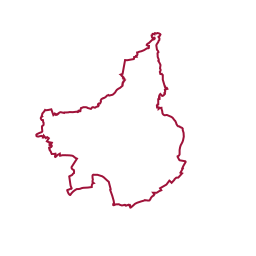 the district of Vargata, Mures, Romania, rotated 316°
{"feature_id": "2599482B49125159917966", "entity_name": "Vargata", "entity_type": "district", "adm_level": 2, "iso_a3": "ROU", "parent_name": "Romania", "parent_adm1": "Mures", "projection": "robinson", "projection_center": [24.8, 46.587], "detail": "fine", "context": "isolated", "style": "outline", "palette": "rose", "viewbox_px": 256, "rotation_deg": 316, "n_neighbors": 0, "source": "geoboundaries", "source_scale": "gbopen_adm2", "svg_char_len": 5608}
<svg xmlns="http://www.w3.org/2000/svg" viewBox="0 0 256 256"><g transform="rotate(316 128 128)"><path d="M166.0,167.4L166.9,166.5L167.0,165.7L166.7,164.6L166.3,164.1L166.1,163.5L166.2,163.0L165.9,162.3L165.3,161.7L165.2,160.5L165.6,158.8L166.3,157.5L166.9,155.6L166.8,155.0L167.2,151.6L166.9,150.1L165.1,145.8L164.6,145.3L163.3,144.4L163.1,144.1L162.8,143.2L162.8,142.2L163.0,141.4L164.4,139.5L165.4,137.5L166.1,136.7L165.1,135.9L164.5,135.6L163.2,135.5L164.3,134.3L163.2,133.4L164.4,131.9L164.9,132.1L165.4,131.6L166.2,132.0L169.7,128.3L170.8,129.1L172.1,127.8L171.7,127.4L172.5,126.7L173.9,126.1L174.9,126.0L174.9,128.7L175.6,129.1L176.2,129.2L177.2,129.2L178.3,129.1L178.5,128.9L178.3,128.3L178.4,128.1L179.9,127.8L181.1,126.1L183.5,127.2L183.8,126.1L182.7,125.3L183.5,124.1L183.2,123.9L186.6,117.4L189.8,114.1L189.7,113.7L189.7,113.1L189.9,112.5L189.2,112.1L188.8,111.6L189.9,109.7L191.1,109.4L191.7,109.0L192.1,108.4L192.4,107.4L195.1,105.3L195.4,104.6L196.2,102.0L196.4,100.8L197.0,100.8L197.3,100.5L197.9,99.6L198.6,97.8L199.3,96.8L200.1,96.1L200.5,95.4L201.2,94.7L201.8,94.6L202.3,94.7L202.6,94.6L203.0,93.7L203.3,91.7L205.7,88.3L206.5,87.8L209.7,87.1L210.4,86.6L211.6,86.5L212.7,85.6L213.0,85.1L213.2,83.6L213.4,83.5L214.1,83.8L214.4,83.7L215.0,83.8L216.3,83.3L216.4,82.8L216.1,81.9L216.0,81.4L215.1,80.1L214.1,79.8L213.3,78.5L213.0,78.3L212.6,78.4L212.1,79.0L211.2,77.5L211.1,77.4L209.8,78.0L209.3,77.8L208.4,79.2L208.2,79.8L208.2,80.1L208.5,80.4L209.8,81.4L209.5,82.1L209.3,82.3L207.9,82.2L207.3,81.6L206.6,81.4L202.1,81.4L201.1,81.1L199.6,81.0L199.1,81.3L199.6,83.3L200.0,83.6L198.6,84.9L197.9,84.7L197.5,84.2L196.8,83.8L193.8,83.2L193.0,82.9L191.0,82.1L189.5,81.2L188.3,80.6L187.5,80.4L187.0,80.0L186.7,80.3L186.4,81.1L185.7,81.8L184.9,82.0L183.8,81.6L183.5,81.7L183.7,82.3L183.6,82.7L181.7,81.2L180.5,82.3L180.0,82.4L174.8,78.9L174.1,78.3L173.1,77.1L161.7,85.3L159.9,84.5L160.0,85.0L159.8,85.4L159.7,86.3L159.8,86.5L160.0,86.7L160.0,87.3L160.0,87.5L159.7,87.8L159.6,88.2L159.1,88.4L159.1,88.6L159.6,88.9L159.3,89.2L159.6,89.3L159.6,89.5L159.3,89.8L159.5,90.3L159.2,90.6L159.0,91.0L158.7,91.1L158.8,91.3L158.4,91.3L158.1,91.5L157.1,91.3L156.8,91.7L156.4,91.6L156.2,91.6L156.2,91.9L156.0,92.0L155.1,92.1L154.9,92.6L154.3,92.8L154.2,93.1L153.9,93.1L153.7,93.6L153.5,93.8L150.1,93.6L148.5,93.1L146.5,92.8L144.7,93.1L143.5,93.5L140.7,93.5L139.7,93.2L137.0,91.6L136.8,90.6L136.1,90.5L135.4,90.1L133.6,90.2L132.5,90.0L131.1,89.6L131.0,89.3L129.0,88.8L127.6,89.2L127.3,89.4L126.9,90.2L125.5,90.8L124.7,90.9L124.1,90.1L123.3,90.0L122.9,90.1L122.6,90.4L122.5,90.7L122.6,91.1L122.5,91.5L121.5,91.7L120.0,90.8L118.6,90.6L118.3,90.4L117.3,88.7L116.6,88.3L114.6,88.5L112.8,85.4L112.8,84.8L112.2,83.8L110.2,81.9L109.5,81.8L108.3,81.1L108.0,81.0L106.7,81.8L105.4,82.8L105.1,82.6L105.4,82.0L104.4,81.1L104.2,81.1L103.5,81.7L103.2,81.8L102.8,81.6L102.3,80.5L99.3,78.3L97.0,75.9L95.8,75.2L93.6,73.2L93.0,72.6L92.5,72.8L91.5,71.3L90.6,69.9L90.2,69.6L89.4,69.3L87.4,69.0L87.4,69.3L86.3,69.2L85.3,68.6L85.5,68.2L85.9,68.0L85.7,67.7L85.4,67.3L84.9,67.2L85.4,66.9L85.4,66.7L83.3,66.8L85.8,61.3L83.1,59.6L81.1,58.1L80.9,57.4L78.9,57.9L76.4,58.1L76.0,58.5L74.3,59.4L74.3,60.1L73.1,59.9L72.4,60.1L71.8,60.7L71.6,61.6L71.5,62.4L72.3,63.2L71.8,64.0L71.1,64.7L71.0,65.5L70.1,66.5L69.4,67.1L68.8,67.2L67.9,67.0L67.5,67.0L67.1,67.2L66.1,68.3L64.1,70.8L63.5,71.0L62.9,70.9L60.5,69.9L58.0,69.1L57.3,69.2L56.6,70.2L56.6,70.5L57.4,71.8L58.8,72.6L60.4,73.7L60.7,74.4L60.7,75.2L60.1,75.7L60.5,76.1L62.1,75.0L61.9,78.2L63.5,78.4L63.9,80.4L60.4,81.2L60.8,82.5L63.0,85.7L61.7,86.2L61.3,86.1L60.4,85.0L59.5,86.0L60.9,87.0L60.8,87.9L60.4,88.2L59.5,88.3L57.4,87.5L57.2,87.8L57.0,88.2L56.9,88.3L57.0,88.8L56.7,89.2L56.3,89.5L56.1,91.3L55.6,92.3L55.1,93.7L57.3,95.7L58.0,96.1L57.9,96.3L56.9,97.1L55.8,97.6L55.5,98.1L55.6,98.4L56.0,98.5L58.5,98.5L61.1,99.1L59.9,100.8L61.9,102.0L63.0,103.0L66.7,106.8L68.3,108.7L68.8,109.5L69.0,110.0L69.4,113.1L70.0,114.6L60.3,116.9L59.7,117.5L59.4,118.3L59.4,119.3L59.8,120.6L59.2,121.6L57.8,122.9L56.6,122.7L55.7,122.9L54.7,122.9L53.3,122.3L52.1,122.0L46.9,129.2L46.3,130.3L45.9,131.5L45.6,132.2L45.1,132.3L45.0,132.0L44.0,131.7L42.5,131.1L41.4,130.5L41.1,130.5L40.8,130.9L39.7,133.8L39.6,135.1L39.7,135.8L40.0,136.1L41.9,135.7L44.5,135.6L46.8,135.9L48.6,136.3L48.9,136.5L49.7,137.3L51.2,138.4L52.9,139.1L54.2,139.9L57.8,143.0L60.9,145.3L62.4,143.9L63.9,143.3L65.1,143.9L65.0,142.1L65.9,141.3L67.1,140.5L67.5,139.7L68.4,138.6L69.4,137.6L69.9,137.4L70.6,137.5L71.6,138.6L73.5,140.4L75.9,144.8L76.3,146.6L76.6,151.8L76.8,153.3L73.0,160.0L72.9,160.1L72.2,160.1L69.6,165.8L67.2,170.3L65.6,172.6L65.2,172.3L64.9,172.3L64.0,172.9L63.9,173.1L64.2,173.4L64.2,173.7L66.4,174.6L68.5,176.6L68.7,177.4L69.7,179.3L70.4,179.9L72.4,181.1L72.7,181.8L72.4,182.2L72.6,182.5L74.3,183.2L74.5,183.6L75.0,183.6L75.1,184.2L75.9,184.5L75.9,184.9L75.6,185.4L75.1,185.4L74.4,186.8L74.6,187.1L76.6,187.3L80.4,187.4L82.6,188.1L86.4,189.9L89.0,191.3L90.1,191.6L90.2,192.1L91.1,192.9L91.9,194.0L92.7,194.7L93.1,195.0L94.4,194.8L95.6,194.3L96.5,194.1L97.7,194.0L99.7,194.4L99.9,194.3L100.0,194.1L100.6,194.1L100.8,194.1L101.1,192.0L103.5,194.4L104.4,194.7L106.3,195.0L108.7,195.9L109.2,193.6L116.3,195.4L121.2,194.6L121.3,195.3L121.3,197.7L125.2,197.5L125.8,197.2L126.5,197.2L128.3,197.3L129.7,198.6L135.4,198.2L134.7,196.6L139.3,195.2L139.1,194.7L141.6,193.7L145.8,192.5L146.1,192.1L146.1,191.7L142.8,187.2L142.7,186.6L143.7,183.1L144.0,182.8L145.2,183.2L145.6,183.2L146.8,182.8L149.8,179.7L152.0,178.1L153.8,177.1L157.2,176.0L158.9,175.2L162.1,173.0L164.6,170.1L166.0,167.4Z" fill="none" stroke="#9f1239" stroke-width="2"/></g></svg>